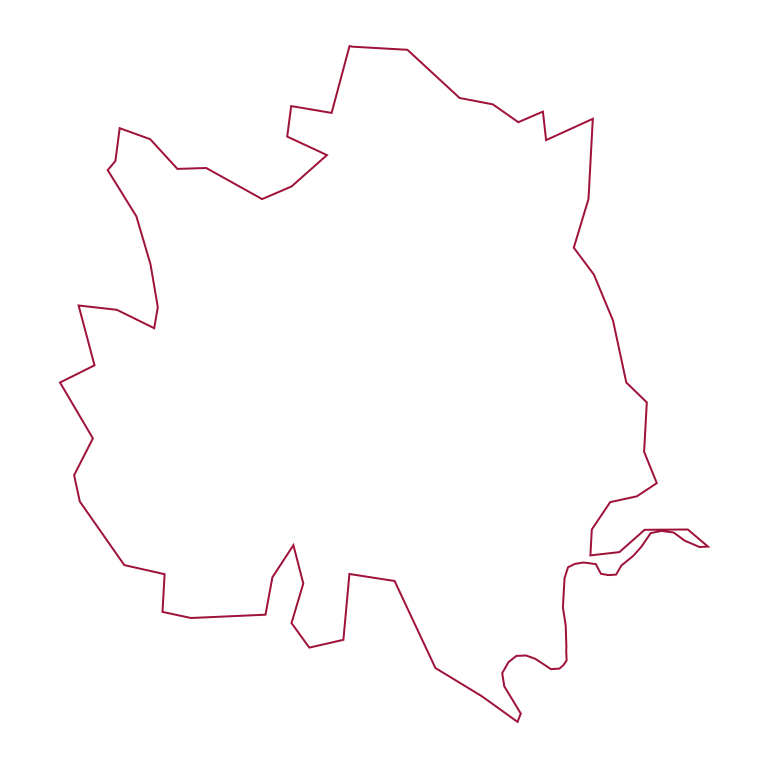 outline of Buka, Tashkent, Uzbekistan, rotated 270°
{"feature_id": "79887680B42380635367979", "entity_name": "Buka", "entity_type": "district", "adm_level": 2, "iso_a3": "UZB", "parent_name": "Uzbekistan", "parent_adm1": "Tashkent", "projection": "albers", "projection_center": [69.118, 40.699], "detail": "fine", "context": "isolated", "style": "outline", "palette": "rose", "viewbox_px": 768, "rotation_deg": 270, "n_neighbors": 0, "source": "geoboundaries", "source_scale": "gbopen_adm2", "svg_char_len": 1327}
<svg xmlns="http://www.w3.org/2000/svg" viewBox="0 0 768 768"><g transform="rotate(270 384 384)"><path d="M718.2,407.4L721.3,352.6L721.9,349.5L655.1,331.6L661.9,291.2L631.4,287.2L612.9,326.9L581.6,291.6L568.9,262.1L600.0,206.2L599.1,177.4L628.8,150.2L639.8,119.7L607.0,115.4L597.9,107.7L551.6,136.4L503.7,150.5L460.9,157.8L439.8,154.2L458.2,116.8L462.5,78.6L402.7,94.5L385.5,60.0L329.6,92.9L292.8,74.1L266.5,79.8L202.9,124.3L193.8,164.6L156.1,162.5L150.0,191.0L153.3,265.5L190.7,272.4L222.8,293.4L184.5,303.3L144.9,291.5L120.4,309.3L128.2,343.4L194.0,349.4L187.0,394.6L100.0,435.4L71.7,481.9L46.1,517.5L49.4,518.8L54.4,520.8L70.3,511.2L81.6,504.3L94.9,502.2L105.9,508.5L112.1,516.4L112.5,526.0L109.2,535.3L98.9,550.9L99.4,559.5L103.0,563.5L107.5,566.6L117.9,566.2L120.7,566.4L142.4,565.7L160.5,562.9L189.6,564.5L200.7,568.0L204.1,574.9L205.5,583.5L203.9,595.8L194.2,600.9L192.9,608.4L193.4,616.1L202.5,621.4L212.2,633.3L221.3,641.4L234.9,650.7L237.1,661.3L235.5,673.6L227.4,684.6L221.0,699.4L221.4,708.0L238.5,687.8L238.2,644.6L215.9,619.4L212.6,590.4L238.5,591.8L265.9,610.2L271.7,636.9L284.9,656.8L316.2,644.1L365.6,646.8L385.5,626.3L447.5,613.0L493.4,593.9L520.3,573.8L569.1,588.5L649.2,592.8L627.9,546.1L656.4,542.9L645.8,518.3L663.6,492.9L670.0,459.6L718.2,407.4Z" fill="none" stroke="#9f1239" stroke-width="2"/></g></svg>